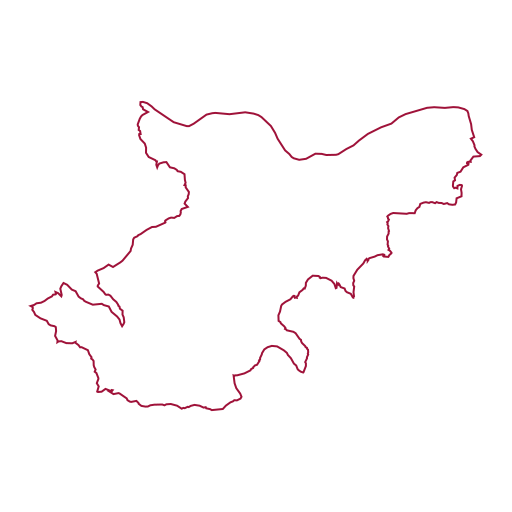 Vetel, Hunedoara, Romania
{"feature_id": "2599482B75379563819693", "entity_name": "Vetel", "entity_type": "district", "adm_level": 2, "iso_a3": "ROU", "parent_name": "Romania", "parent_adm1": "Hunedoara", "projection": "equal_earth", "projection_center": [22.747, 45.868], "detail": "fine", "context": "isolated", "style": "outline", "palette": "rose", "viewbox_px": 512, "rotation_deg": 0, "n_neighbors": 0, "source": "geoboundaries", "source_scale": "gbopen_adm2", "svg_char_len": 6053}
<svg xmlns="http://www.w3.org/2000/svg" viewBox="0 0 512 512"><path d="M57.4,342.2L58.6,341.4L61.4,341.2L66.3,343.1L72.2,343.3L75.4,342.0L75.2,342.6L78.5,345.1L80.1,347.3L81.6,347.2L87.9,350.2L89.3,354.2L91.5,357.2L91.2,358.6L92.6,359.6L93.6,361.0L93.7,365.2L94.2,367.0L95.6,369.5L94.7,371.7L96.4,373.0L98.3,377.9L98.4,378.9L96.8,383.2L98.7,386.4L97.2,391.6L98.0,392.0L101.6,391.7L105.5,388.9L109.8,390.6L111.2,390.7L111.7,390.0L112.6,390.2L111.9,391.1L109.4,391.5L113.5,394.1L118.5,393.1L119.6,393.5L126.7,398.4L127.5,400.2L129.8,401.6L131.2,401.9L136.4,400.9L138.5,403.0L138.7,403.8L141.4,405.9L145.5,406.6L147.9,406.5L150.3,405.3L154.3,404.7L162.2,404.5L164.5,405.3L166.4,404.3L170.8,404.0L177.1,405.7L181.7,408.7L183.3,407.9L184.7,408.2L187.7,406.8L188.7,407.1L190.7,405.9L194.5,404.9L199.6,405.7L203.6,407.6L205.7,407.2L206.2,408.3L210.0,409.1L211.8,410.1L222.8,409.0L225.9,405.6L230.5,402.3L232.9,401.4L234.3,400.2L236.9,400.4L240.5,398.6L241.5,396.8L240.2,393.6L236.3,388.2L234.6,383.3L233.6,375.5L234.5,375.9L235.1,375.3L237.2,375.3L244.4,373.4L250.4,370.4L251.1,369.1L253.1,368.0L253.1,367.4L255.0,365.4L257.0,364.8L259.5,360.9L259.1,360.3L260.1,359.3L260.1,357.9L261.8,354.4L262.0,353.2L264.3,349.4L267.6,347.2L271.8,345.9L277.1,346.4L283.8,350.3L286.9,352.9L287.9,355.0L290.9,358.2L293.9,363.6L296.2,365.5L297.6,369.1L298.5,370.1L300.8,371.7L303.2,372.5L303.5,372.2L305.9,366.0L305.9,363.3L305.2,362.1L307.0,358.3L306.9,357.3L308.2,354.5L307.8,353.7L308.2,352.3L308.0,349.7L306.9,348.6L306.9,347.8L305.5,347.0L305.2,346.1L302.1,343.1L301.2,341.5L301.0,339.9L299.5,338.8L295.6,333.2L293.4,331.8L286.8,330.3L286.0,329.3L285.0,328.9L285.4,327.9L284.2,326.3L280.9,323.4L280.4,322.1L278.6,320.9L278.4,315.3L280.0,311.6L281.2,305.9L282.0,304.5L285.6,301.8L290.4,299.3L292.9,296.3L293.8,295.8L294.3,295.9L294.1,296.4L294.9,297.8L295.7,297.5L296.8,297.8L296.7,296.7L298.1,295.6L299.4,292.3L302.6,289.9L303.7,288.4L304.7,288.6L305.8,285.7L305.9,282.8L308.0,279.4L312.7,275.7L318.4,276.0L319.8,276.8L319.7,278.4L319.9,277.7L320.4,278.2L322.5,277.7L326.1,277.9L331.6,280.7L334.4,284.0L335.8,288.2L336.5,287.9L337.0,283.4L337.7,284.6L338.2,284.4L337.9,283.5L338.2,283.4L338.6,284.3L338.9,283.8L339.3,284.3L340.7,287.1L344.6,288.5L345.5,290.9L346.9,292.2L350.8,293.8L352.9,297.5L353.4,297.7L353.6,296.6L354.0,296.3L353.5,292.2L354.2,286.5L353.3,285.3L353.2,283.0L354.2,280.8L353.4,278.1L353.5,275.9L357.3,269.7L363.3,263.5L365.1,260.3L366.6,258.9L367.2,260.0L367.7,260.0L367.7,260.9L368.4,259.9L368.2,259.3L369.3,258.2L374.7,256.6L377.5,255.2L382.8,254.3L384.3,254.8L384.3,255.4L383.3,256.1L383.7,256.5L388.3,256.9L389.5,254.9L391.4,253.3L391.5,252.7L389.9,250.7L388.5,249.9L389.2,248.7L388.0,246.5L388.2,245.6L387.6,244.7L387.9,241.3L387.0,239.4L387.1,236.5L388.6,233.6L388.6,231.6L389.0,231.1L388.1,228.1L388.4,226.1L387.4,224.5L387.7,223.1L387.1,222.1L388.2,221.2L388.9,219.5L388.0,218.7L388.0,217.8L387.3,216.5L388.0,215.7L390.6,213.9L393.2,213.0L406.7,213.8L409.2,213.1L414.7,213.2L415.7,210.3L417.4,208.2L419.4,206.9L420.3,203.9L423.6,202.6L425.9,202.2L429.1,202.9L430.3,202.2L432.1,202.1L435.1,203.2L436.6,202.1L438.7,202.9L441.6,203.0L443.8,204.0L447.2,203.1L448.9,204.3L452.4,204.8L455.1,204.5L456.1,202.5L456.6,198.3L461.5,196.3L461.6,192.9L461.0,189.2L462.0,186.0L461.9,185.3L461.3,185.0L459.7,184.9L457.5,185.9L457.4,188.4L455.6,187.7L454.2,188.2L453.0,186.5L452.9,185.6L453.3,181.4L455.0,180.3L454.6,177.6L456.8,175.0L457.3,172.9L460.5,171.7L463.3,167.3L468.3,164.8L468.5,163.8L467.0,163.2L467.1,162.4L468.2,161.8L470.7,161.8L470.4,160.6L473.4,156.6L479.9,156.1L481.3,154.7L477.6,152.1L475.5,148.9L474.4,146.4L474.5,145.2L472.9,141.3L470.9,138.7L474.2,137.2L471.8,129.9L471.1,124.1L468.7,116.0L468.3,113.3L467.4,111.0L464.4,109.1L458.3,107.4L453.4,107.1L444.8,107.9L434.2,107.2L427.1,107.8L405.6,114.1L398.8,117.4L391.4,123.6L381.1,127.3L367.9,133.9L358.9,140.6L353.5,145.4L346.4,149.0L338.3,154.2L336.0,154.8L326.3,155.0L321.7,153.9L315.4,153.7L306.1,158.8L299.2,159.8L293.8,158.3L291.7,157.0L289.3,154.0L285.1,150.4L277.6,138.7L275.1,132.9L270.9,126.0L261.5,117.1L258.3,115.1L253.6,113.6L245.2,112.3L229.5,114.2L215.4,112.9L212.3,113.2L206.5,114.6L193.7,123.7L189.1,126.1L186.7,126.1L173.7,122.2L154.6,109.3L151.6,106.4L147.2,103.2L142.9,101.9L140.5,102.1L140.3,105.0L141.4,106.5L142.6,107.1L143.1,109.3L148.0,112.0L142.5,115.0L141.1,116.4L139.8,118.7L137.7,124.4L137.9,125.8L139.0,127.2L138.7,130.0L140.1,131.0L140.6,134.0L139.3,134.0L139.1,135.1L140.4,139.0L144.8,143.6L146.1,147.7L146.0,152.8L148.7,157.0L155.4,160.2L156.4,161.7L156.9,161.6L156.3,164.8L157.2,167.4L158.0,165.3L159.3,163.6L163.5,162.3L166.4,162.1L169.9,167.3L174.3,168.3L176.8,169.9L177.6,171.2L180.8,171.8L184.5,174.2L184.9,179.9L185.6,182.8L184.5,185.1L185.7,185.3L185.7,187.4L188.9,192.0L188.7,194.2L187.8,196.3L188.0,198.1L185.3,201.6L184.6,203.6L187.8,206.9L181.7,209.0L180.6,211.1L180.8,212.5L180.4,214.3L179.3,215.9L177.1,216.1L174.3,217.9L171.1,217.6L168.7,218.4L165.5,220.4L165.0,221.1L165.5,222.3L165.3,222.6L155.9,226.8L152.0,227.0L146.6,229.9L140.6,234.1L138.2,235.2L137.5,236.2L134.2,237.7L133.2,239.4L132.7,244.8L131.0,248.6L130.6,251.0L122.5,260.7L120.3,262.4L113.0,267.0L108.6,264.6L103.6,268.1L97.7,270.6L95.3,272.2L96.7,273.8L99.1,283.5L97.8,285.5L97.7,286.5L103.6,291.9L105.3,294.3L106.1,294.8L108.4,294.6L110.4,295.7L113.2,299.3L116.3,301.9L118.2,304.8L118.3,305.7L119.5,306.6L119.9,308.7L122.6,310.7L122.5,314.6L123.7,317.3L124.3,322.2L123.6,323.9L122.1,326.2L120.5,323.2L119.5,319.5L117.1,316.5L111.6,311.9L108.8,306.5L103.8,305.1L101.8,303.8L92.8,304.7L85.9,301.8L84.2,300.8L83.1,299.3L80.8,298.3L78.6,296.6L75.6,291.2L71.8,289.6L67.2,284.8L63.5,283.0L61.3,286.3L60.3,288.7L61.7,295.0L61.3,296.3L58.2,293.2L55.5,292.0L56.0,293.9L55.6,294.4L53.1,294.7L51.9,296.4L47.8,298.5L44.5,301.0L41.0,302.7L36.5,303.3L34.2,304.9L30.7,306.0L32.7,307.1L32.8,308.4L32.3,309.8L34.0,312.0L35.3,314.9L40.4,318.3L46.8,320.8L48.7,324.2L50.7,325.4L54.5,326.2L55.8,327.1L56.1,331.1L55.1,335.9L57.6,340.5L57.4,342.2Z" fill="none" stroke="#9f1239" stroke-width="2"/></svg>